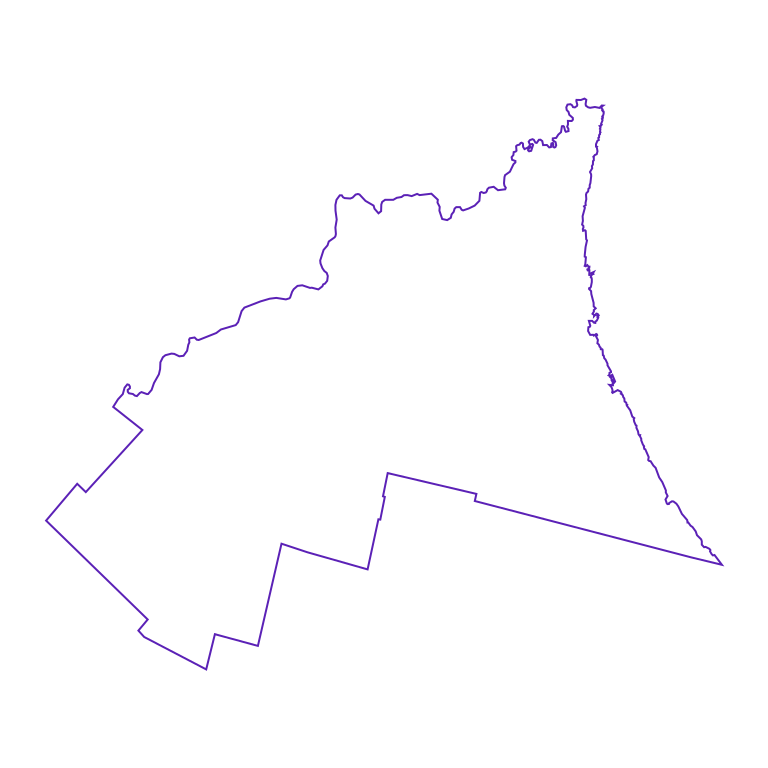 the district of Castelli, Buenos Aires, Argentina
{"feature_id": "61730980B13025573352502", "entity_name": "Castelli", "entity_type": "district", "adm_level": 2, "iso_a3": "ARG", "parent_name": "Argentina", "parent_adm1": "Buenos Aires", "projection": "equal_earth", "projection_center": [-57.446, -36.02], "detail": "fine", "context": "isolated", "style": "outline", "palette": "violet", "viewbox_px": 768, "rotation_deg": 0, "n_neighbors": 0, "source": "geoboundaries", "source_scale": "gbopen_adm2", "svg_char_len": 6121}
<svg xmlns="http://www.w3.org/2000/svg" viewBox="0 0 768 768"><path d="M505.1,175.1L504.5,177.0L504.0,183.2L504.4,185.6L505.8,187.8L505.2,189.3L498.0,190.2L493.7,186.8L488.9,187.7L487.4,189.2L486.7,191.4L485.8,192.5L483.7,193.0L481.3,192.0L480.1,192.8L479.4,200.8L474.7,205.6L468.7,208.5L463.1,210.4L461.7,209.8L460.0,207.1L456.3,207.1L454.6,208.6L453.7,211.8L451.6,214.4L450.8,217.8L447.2,220.1L442.2,219.0L439.4,210.7L439.7,206.9L437.5,202.6L437.8,199.7L431.4,193.7L419.6,195.1L417.1,193.9L411.7,196.1L407.5,195.1L404.0,195.2L401.5,197.0L396.8,197.8L393.3,199.8L385.1,199.8L382.2,201.9L381.3,204.5L381.1,211.2L378.5,213.3L374.5,208.7L373.6,205.6L365.5,200.9L359.5,194.5L357.9,194.0L355.6,194.6L352.6,197.6L350.3,198.5L344.6,198.1L343.0,197.2L341.8,195.3L339.8,195.3L336.5,199.8L335.4,205.0L335.5,210.7L336.7,219.6L335.4,227.5L335.9,234.0L335.5,236.0L334.7,237.3L328.8,241.5L327.5,245.4L323.6,249.9L320.2,260.5L320.5,263.4L322.4,268.2L324.3,271.0L326.7,272.9L327.8,276.0L327.2,280.8L325.0,283.6L323.2,284.4L322.4,286.3L318.4,289.4L311.8,287.7L310.0,287.9L302.3,285.3L297.5,285.9L293.7,289.2L292.1,291.8L290.1,297.6L289.2,298.4L285.9,299.4L276.3,297.9L269.7,298.7L260.5,301.4L244.4,307.6L241.6,311.1L238.1,322.2L235.7,325.1L220.9,329.5L216.3,333.0L198.7,340.0L196.8,339.7L194.6,337.5L189.8,338.3L189.1,339.6L189.4,342.3L188.3,344.7L187.1,350.8L183.5,355.8L179.3,356.3L174.3,353.9L171.5,353.6L165.4,355.2L162.9,357.2L160.4,362.3L160.1,369.1L158.9,374.3L154.0,383.0L151.6,389.9L148.1,394.0L147.0,394.1L141.5,392.1L139.8,393.0L136.9,396.1L134.9,395.6L132.9,394.0L129.0,393.3L127.8,391.8L127.7,389.9L129.9,388.2L129.9,386.5L128.9,384.8L127.3,384.4L124.6,387.7L122.8,394.1L118.0,399.3L113.2,406.9L142.4,430.0L85.8,492.1L77.2,483.8L46.1,520.6L147.7,619.5L138.4,630.6L144.2,637.0L206.2,669.4L214.9,634.2L257.9,645.9L281.5,543.7L307.5,552.3L367.6,569.4L378.4,519.3L380.3,519.6L384.8,496.9L383.0,496.3L387.7,473.1L476.4,493.9L474.8,501.0L691.3,557.4L721.9,564.8L714.5,555.0L712.9,555.4L711.7,554.2L710.0,551.3L710.4,550.1L709.4,548.8L705.6,546.9L704.1,547.2L701.8,544.7L701.8,541.3L701.2,539.4L697.0,535.2L695.7,531.4L692.5,527.0L690.6,525.7L688.2,522.4L687.5,522.5L687.2,520.1L681.9,513.9L678.3,506.4L676.4,503.7L673.5,501.5L672.0,501.3L669.1,503.1L668.9,504.0L667.5,504.1L666.8,503.4L665.5,499.5L667.6,496.0L665.8,492.4L665.9,490.5L662.3,482.1L659.2,477.5L655.6,467.8L653.4,465.6L650.6,461.2L649.2,461.0L648.2,460.0L648.7,457.1L645.3,449.3L644.3,448.9L643.7,446.3L644.2,447.0L644.1,446.2L642.9,444.6L641.2,440.2L641.3,438.9L639.9,436.1L640.1,435.2L639.2,435.3L638.5,434.2L638.0,431.3L636.4,427.8L636.5,425.6L635.7,425.1L634.2,421.7L633.7,419.0L634.3,418.1L632.3,416.6L630.2,410.3L626.9,405.7L627.2,404.9L626.6,404.7L626.2,402.6L624.6,401.5L624.3,398.4L623.3,397.2L622.8,395.2L621.0,393.8L621.6,393.3L620.9,391.8L617.7,390.1L612.6,392.9L612.1,392.3L612.6,390.8L612.2,389.0L611.4,387.0L609.4,384.9L612.9,385.2L612.6,383.3L613.0,382.7L611.5,380.0L611.7,379.2L613.6,381.6L613.9,380.8L614.6,381.3L614.6,382.1L615.1,381.5L612.3,374.8L610.9,375.7L611.4,376.6L611.2,378.1L610.0,376.9L610.4,376.2L608.7,375.4L609.4,374.7L609.5,372.8L611.0,372.2L611.0,371.3L607.5,365.3L607.5,363.7L605.5,359.5L604.3,358.3L603.7,355.6L602.9,355.2L602.6,349.9L602.3,349.3L600.8,349.2L600.6,347.6L599.6,346.7L598.9,344.6L597.4,343.3L597.9,339.9L596.1,336.5L597.2,335.1L596.9,334.4L596.2,334.0L593.8,335.6L593.2,334.8L590.2,334.9L588.1,331.0L588.4,327.2L589.8,326.8L590.3,325.8L588.9,320.9L592.2,320.9L594.0,322.7L595.3,322.9L595.4,321.6L596.8,320.6L598.2,317.8L597.6,317.4L598.1,316.6L597.3,315.9L598.6,315.2L597.6,313.9L596.4,313.6L594.1,316.1L594.2,315.1L592.5,313.8L593.9,311.5L593.8,310.1L595.7,308.3L593.7,306.4L593.6,302.8L591.3,294.0L591.1,291.1L589.0,288.9L589.2,288.1L590.2,287.9L590.9,286.8L591.8,282.1L591.8,279.0L591.5,277.8L590.8,277.4L590.9,276.5L592.0,274.5L593.4,274.0L593.0,273.2L593.7,272.0L589.8,273.8L589.2,275.8L589.4,270.5L587.7,270.4L587.4,269.5L588.9,269.1L588.5,268.3L589.3,267.8L589.4,266.7L588.6,266.7L587.3,265.1L585.8,266.3L584.7,265.9L585.3,264.2L585.9,257.2L584.7,256.6L584.8,254.6L585.6,246.8L587.0,240.4L586.2,239.3L585.7,230.9L584.9,230.2L583.1,230.8L582.8,229.0L583.5,227.4L583.3,225.8L582.1,224.6L582.9,220.9L582.6,216.2L584.9,207.8L584.0,206.3L585.7,205.2L585.5,203.0L586.3,199.2L586.0,194.6L586.5,193.0L588.1,191.5L588.5,188.7L589.7,187.7L589.7,185.1L590.4,183.1L591.2,176.1L591.1,174.3L590.0,172.0L592.2,168.3L591.9,166.1L592.9,164.5L593.0,161.1L593.8,160.4L593.8,157.1L593.4,156.8L594.9,155.0L596.7,154.2L597.5,151.3L596.9,147.8L596.3,147.0L596.8,146.6L596.0,146.2L596.0,144.2L597.4,140.8L598.8,140.0L598.3,138.0L599.1,137.3L599.1,135.1L600.0,134.2L599.9,133.2L600.5,132.3L600.0,131.7L600.4,129.2L599.9,128.8L600.5,127.3L599.7,126.1L600.8,125.9L601.7,124.7L601.0,124.1L602.5,120.5L602.0,119.0L602.6,118.8L602.9,117.3L602.3,117.2L602.2,116.5L603.3,115.0L603.7,113.1L603.7,111.9L603.0,111.5L603.2,111.1L602.2,110.3L602.6,109.4L601.6,108.5L601.7,106.6L603.1,105.6L601.8,105.5L599.5,107.9L594.9,107.0L590.1,107.8L588.1,107.3L585.9,105.7L585.6,104.0L586.3,99.8L584.5,98.6L580.9,100.0L576.5,99.9L576.3,100.9L577.3,104.8L577.0,105.9L574.9,107.4L573.0,107.1L572.1,105.3L570.5,104.2L567.5,104.6L566.3,107.3L566.7,110.0L568.5,111.9L569.3,114.8L572.8,117.9L572.9,119.7L571.7,121.0L567.9,120.9L568.0,124.4L567.2,126.7L568.4,128.8L568.5,131.1L565.9,131.8L565.1,130.7L564.0,126.6L563.1,126.0L561.9,126.3L561.0,132.2L558.3,134.6L556.2,137.9L552.8,138.4L552.7,140.2L555.6,142.2L556.2,145.3L555.4,147.1L554.3,147.5L553.1,146.8L553.3,144.2L552.8,142.9L551.4,143.5L550.9,147.1L549.2,147.4L546.9,145.0L543.1,145.1L542.3,141.1L540.5,139.7L538.9,139.8L536.7,142.9L535.4,142.6L533.8,139.8L532.5,139.2L529.9,140.1L528.7,141.7L529.8,144.4L532.4,144.0L533.1,144.9L531.2,150.8L529.1,151.3L528.1,150.4L528.1,149.6L530.4,147.2L530.3,146.4L529.4,145.9L527.8,147.6L524.5,149.1L523.1,146.9L522.9,143.5L521.6,142.7L520.6,143.0L519.5,144.6L517.2,145.2L516.1,146.2L516.5,150.7L515.6,151.6L513.7,152.1L513.4,155.0L511.6,157.2L512.1,159.8L515.4,161.0L515.4,162.4L513.5,164.2L509.9,171.7L505.1,175.1Z" fill="none" stroke="#5b21b6" stroke-width="2"/></svg>